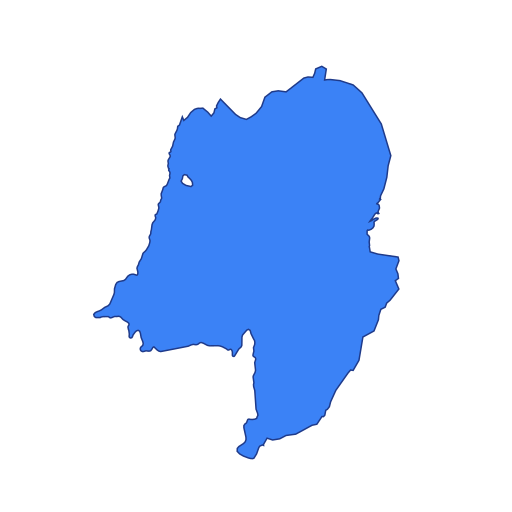 outline of Almaty, rotated 102°
{"feature_id": "KAZ-3207", "entity_name": "Almaty", "entity_type": "Region", "adm_level": 1, "iso_a3": "KAZ", "parent_name": "Kazakhstan", "parent_adm1": "", "projection": "natural_earth1", "projection_center": [78.658, 44.747], "detail": "fine", "context": "isolated", "style": "filled", "palette": "blue", "viewbox_px": 512, "rotation_deg": 102, "n_neighbors": 0, "source": "natural_earth", "source_scale": "10m", "svg_char_len": 5483}
<svg xmlns="http://www.w3.org/2000/svg" viewBox="0 0 512 512"><g transform="rotate(102 256 256)"><path d="M439.7,209.2L439.5,210.4L441.1,212.7L442.7,213.4L449.5,214.3L454.2,216.0L454.9,217.1L455.2,219.2L455.1,221.5L454.3,226.7L453.0,230.8L451.0,233.8L448.1,234.3L445.9,233.1L442.0,229.2L439.9,227.9L437.6,227.6L435.2,228.2L426.6,232.1L424.4,232.6L422.6,231.9L421.7,231.0L421.0,230.6L417.9,230.1L417.3,229.7L417.0,228.9L417.0,227.6L416.7,225.7L415.9,223.3L414.7,221.6L413.2,221.5L411.4,221.0L409.4,221.8L405.8,224.1L387.9,229.2L384.3,231.1L382.4,231.7L380.4,231.7L374.9,233.7L373.7,233.7L370.0,232.7L367.8,232.7L360.6,235.1L357.4,234.8L356.4,235.0L355.5,235.6L354.7,237.7L353.9,238.3L352.8,238.4L349.4,238.3L346.2,239.4L343.0,238.9L341.0,239.1L339.1,239.8L337.4,241.3L332.9,244.8L330.8,245.8L329.9,246.4L329.3,248.2L330.4,249.6L336.0,252.7L338.2,252.9L346.3,251.3L347.5,251.5L348.3,251.8L350.6,253.5L358.0,256.1L358.7,256.5L358.9,257.3L358.7,258.0L358.0,258.5L355.0,259.1L353.5,259.8L352.6,260.8L352.5,261.5L352.7,262.0L353.5,263.0L353.8,263.7L353.7,264.3L353.0,265.6L351.8,269.9L351.5,272.3L351.6,274.3L353.5,282.8L353.5,285.0L352.3,289.2L352.0,291.3L352.3,292.4L352.9,293.2L354.4,294.5L355.0,295.5L355.3,296.5L355.4,297.5L355.4,298.7L355.9,299.9L356.6,301.2L358.3,303.5L363.8,316.4L369.3,329.4L369.2,331.3L368.5,333.1L366.1,337.0L366.9,337.9L368.6,338.4L370.4,339.2L371.0,340.0L371.3,341.0L371.5,342.1L371.5,343.2L371.8,344.3L372.8,346.1L373.1,347.2L372.8,348.5L372.2,349.3L371.3,349.8L370.3,350.0L369.3,349.8L367.0,348.2L365.1,348.1L363.2,349.0L359.6,351.4L355.6,353.0L353.7,354.2L353.2,355.8L354.0,357.3L355.6,358.4L358.7,359.8L360.8,360.1L361.8,360.6L362.3,361.7L362.0,362.8L361.0,363.4L358.7,363.7L355.3,364.9L354.4,365.5L352.3,366.4L351.5,366.5L349.9,366.0L349.1,366.0L348.3,366.4L347.4,367.9L346.4,371.3L345.7,373.0L344.0,375.4L343.6,376.3L343.5,377.6L343.7,378.5L344.1,379.4L344.5,381.6L345.0,382.5L346.2,384.2L346.7,385.2L346.8,385.9L346.5,386.6L346.0,387.8L346.1,388.4L347.1,393.0L347.5,393.9L347.9,394.8L348.6,395.6L349.5,399.8L349.1,401.0L348.6,401.7L346.8,402.6L344.8,401.5L343.4,399.7L342.2,397.7L340.7,395.9L337.7,393.3L335.9,390.9L335.3,390.2L333.3,389.0L323.2,387.0L321.2,386.9L317.5,387.6L313.1,387.3L310.8,386.4L309.5,384.8L307.5,380.2L306.0,378.8L302.4,377.2L300.7,375.6L300.1,374.6L299.6,373.5L299.3,372.3L299.3,371.0L299.6,368.8L299.2,368.2L298.1,367.9L296.3,368.2L292.7,369.9L291.0,369.8L289.2,369.2L286.2,369.0L282.5,367.6L277.0,367.1L276.2,366.7L274.6,365.5L272.8,364.5L268.3,363.0L265.2,362.7L263.2,362.8L262.3,363.2L260.6,364.2L259.8,364.4L258.9,364.4L257.0,363.8L256.1,363.6L254.0,363.9L251.9,363.8L247.0,364.2L245.0,363.9L242.4,362.5L241.4,362.1L240.3,362.0L239.3,362.1L238.9,362.3L238.1,362.8L236.9,363.2L236.4,362.9L236.1,362.6L235.9,362.2L235.6,361.8L232.5,361.2L229.5,361.0L228.6,361.2L226.2,362.3L225.4,362.3L224.5,361.8L223.7,361.2L222.8,360.8L221.0,360.8L219.8,360.4L219.0,360.3L218.4,360.5L216.4,361.3L214.9,361.7L210.4,361.0L209.6,361.0L208.8,361.0L208.1,360.8L207.4,360.3L206.1,358.6L205.6,358.2L204.1,357.7L198.9,356.9L198.0,356.5L197.1,356.6L195.3,357.3L193.3,357.3L192.3,357.5L191.5,358.0L190.5,359.1L190.1,359.3L189.9,359.3L189.0,359.2L188.7,359.2L188.6,359.5L188.3,359.9L186.6,360.8L185.7,361.0L183.7,361.0L181.9,361.7L181.0,361.9L179.8,361.7L177.4,360.8L176.2,360.6L175.3,361.0L174.0,362.2L173.2,362.4L172.7,362.2L172.2,361.3L171.7,361.0L171.2,361.0L170.3,361.4L169.8,361.5L165.9,360.4L161.7,360.4L158.4,359.6L157.2,359.6L154.2,360.6L153.2,360.5L149.6,359.5L147.8,359.3L145.5,359.5L145.4,359.5L143.9,358.1L135.2,357.0L138.4,354.8L134.6,351.8L129.3,349.7L125.4,346.7L124.1,344.6L123.5,343.2L123.2,341.3L122.4,338.7L125.4,333.0L128.5,328.9L124.7,326.9L120.6,326.8L119.2,325.1L117.4,325.8L113.8,324.9L109.9,323.4L121.8,305.4L123.9,300.2L124.4,293.8L120.8,289.6L116.4,285.6L108.7,281.6L98.8,280.3L92.1,274.6L89.8,268.6L89.2,260.7L72.0,246.2L70.1,242.4L69.4,237.5L65.1,236.6L60.6,236.5L56.8,231.1L58.5,226.1L69.6,225.5L68.6,222.8L67.9,219.7L67.0,210.3L68.5,196.5L74.4,186.3L100.8,160.9L129.8,145.0L140.3,145.5L151.9,144.4L163.8,144.9L171.3,146.7L173.7,146.4L174.0,146.9L174.6,147.0L174.8,145.9L178.5,147.8L179.4,148.6L179.8,148.7L180.0,148.1L180.1,147.3L180.1,146.9L180.3,146.7L180.7,146.3L181.1,146.0L183.3,145.2L183.9,145.2L186.2,145.7L187.1,145.8L188.0,145.5L188.9,144.7L189.2,145.2L189.3,145.8L189.1,146.3L188.6,146.7L189.3,147.7L190.5,148.5L194.6,150.0L197.2,151.3L198.4,151.8L197.3,150.3L195.4,148.5L193.9,146.5L193.6,144.7L194.2,144.3L195.2,144.9L197.4,147.2L197.8,147.4L198.3,147.5L198.9,147.5L200.0,147.1L202.2,146.8L204.2,147.5L205.9,148.9L207.3,151.0L207.4,151.4L207.3,151.8L207.3,152.1L208.0,152.5L208.5,152.5L211.5,151.9L212.1,151.1L212.6,150.3L213.2,149.4L214.1,148.8L215.1,148.5L218.8,148.2L222.1,147.1L223.4,147.2L224.3,146.7L228.2,145.2L228.8,137.2L227.5,116.8L230.9,115.2L239.6,116.5L243.9,113.5L248.3,112.0L251.2,114.6L258.6,109.4L271.4,115.7L274.9,118.4L279.2,119.0L282.2,122.8L288.6,123.5L292.9,123.0L304.8,125.0L313.0,134.6L336.6,133.6L347.7,137.2L347.9,139.8L351.4,141.7L370.8,150.0L383.1,152.7L388.2,152.9L391.1,154.3L392.4,155.7L397.4,155.6L399.1,156.6L399.3,158.1L407.9,161.5L409.9,166.0L422.0,180.1L425.3,189.3L429.9,194.8L432.5,201.5L431.9,207.3L438.7,209.5L439.7,209.2L439.7,209.2ZM198.3,344.8L200.2,343.0L201.5,339.2L201.6,334.0L199.9,332.7L197.3,333.5L195.6,334.8L194.1,336.8L192.7,339.1L191.3,340.2L191.3,343.0L192.9,344.2L195.8,344.1L198.3,344.8Z" fill="#3b82f6" stroke="#1e3a8a" stroke-width="1.5"/></g></svg>